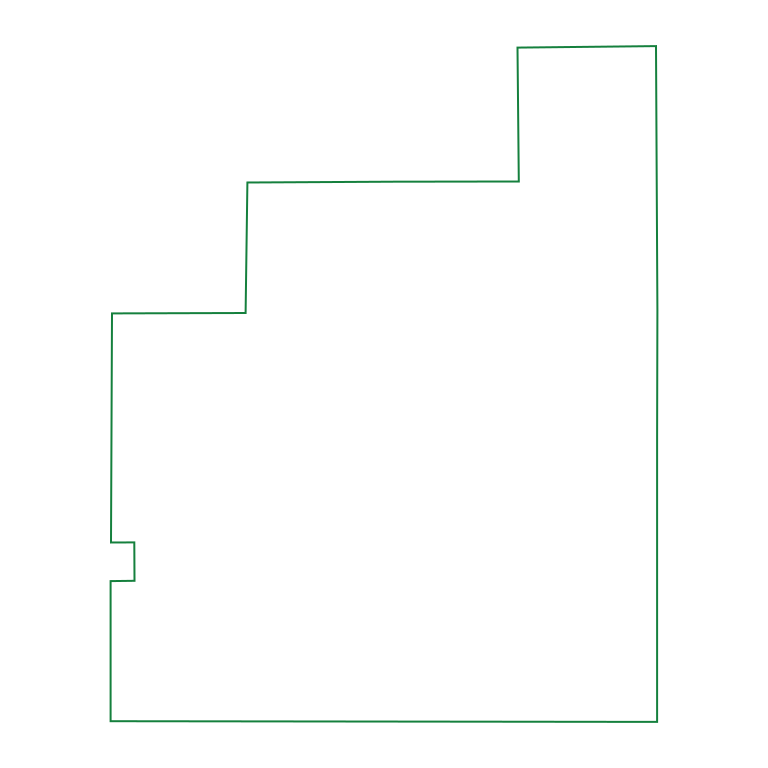 outline of Geauga, Ohio, United States of America
{"feature_id": "52423323B9355871384257", "entity_name": "Geauga", "entity_type": "district", "adm_level": 2, "iso_a3": "USA", "parent_name": "United States of America", "parent_adm1": "Ohio", "projection": "equal_earth", "projection_center": [-81.207, 41.532], "detail": "fine", "context": "isolated", "style": "outline", "palette": "green", "viewbox_px": 768, "rotation_deg": 0, "n_neighbors": 0, "source": "geoboundaries", "source_scale": "gbopen_adm2", "svg_char_len": 317}
<svg xmlns="http://www.w3.org/2000/svg" viewBox="0 0 768 768"><path d="M657.1,721.9L657.1,438.6L657.4,310.4L656.0,46.1L517.5,47.6L518.8,181.5L393.1,181.7L247.4,182.5L245.6,313.0L112.0,313.4L111.0,542.5L134.3,542.4L134.5,580.8L110.6,581.1L110.6,721.2L657.1,721.9Z" fill="none" stroke="#15803d" stroke-width="2"/></svg>